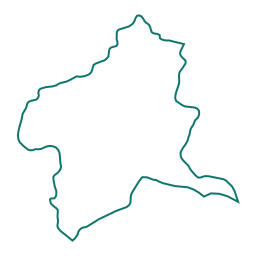 the Prefecture of Gunma
{"feature_id": "JPN-3503", "entity_name": "Gunma", "entity_type": "Prefecture", "adm_level": 1, "iso_a3": "JPN", "parent_name": "Japan", "parent_adm1": "", "projection": "albers", "projection_center": [138.983, 36.504], "detail": "fine", "context": "isolated", "style": "outline", "palette": "teal", "viewbox_px": 256, "rotation_deg": 0, "n_neighbors": 0, "source": "natural_earth", "source_scale": "10m", "svg_char_len": 2537}
<svg xmlns="http://www.w3.org/2000/svg" viewBox="0 0 256 256"><path d="M138.9,15.4L141.0,16.1L142.3,17.5L143.0,18.4L144.4,20.8L145.2,21.9L146.3,22.9L147.3,23.5L147.5,23.6L148.9,24.7L149.8,26.1L151.6,32.0L153.4,33.3L155.5,33.7L157.2,33.9L159.6,35.0L160.0,38.4L161.6,39.4L165.0,40.4L169.2,40.5L184.0,44.1L180.8,50.5L180.1,53.0L180.6,55.4L182.6,57.9L184.3,59.4L185.5,60.8L185.7,62.6L185.3,63.9L184.1,65.6L182.8,67.7L181.2,69.8L179.6,72.2L179.0,74.8L179.2,82.7L178.4,85.7L176.3,91.7L175.4,95.4L175.2,98.4L176.2,101.0L181.2,104.5L183.3,105.7L184.9,106.4L195.1,107.6L197.2,108.7L198.9,110.7L199.2,113.5L198.7,115.8L197.7,117.9L195.7,119.6L194.4,121.9L193.9,123.3L193.2,125.0L191.7,127.1L190.7,129.1L190.0,131.5L189.7,134.1L188.4,137.4L187.6,140.7L185.0,145.2L183.8,146.7L182.0,149.5L181.3,150.8L180.7,152.3L180.5,154.3L180.9,156.5L181.7,158.6L183.5,160.8L188.6,166.0L189.9,168.6L191.5,170.9L195.4,175.3L198.3,177.6L200.7,177.5L203.0,176.6L205.4,176.1L208.9,176.3L223.5,179.2L226.3,180.8L232.0,186.4L234.6,191.1L238.1,201.8L227.2,196.1L219.2,193.8L210.9,193.4L203.9,196.6L199.0,192.7L193.6,189.5L187.8,187.3L175.2,186.1L162.9,183.2L157.2,180.7L156.2,180.0L153.6,179.8L146.9,177.3L142.5,177.2L141.8,177.7L138.7,181.8L131.9,192.9L131.0,195.0L130.7,197.3L130.7,199.7L130.4,202.7L129.2,205.1L126.6,207.1L116.2,210.9L99.3,219.0L86.5,226.9L83.3,227.5L81.0,228.5L79.4,230.1L78.4,231.7L77.8,233.8L77.8,234.1L77.8,234.3L75.1,238.2L72.5,240.6L60.1,230.6L57.8,227.6L57.4,225.3L57.8,223.2L58.0,221.0L57.5,216.4L57.8,212.1L57.7,209.7L55.8,207.8L53.6,206.2L51.2,203.9L50.4,201.8L50.0,199.3L51.3,198.4L54.2,198.4L55.5,197.0L56.3,194.9L56.3,191.0L54.7,186.3L53.6,180.4L53.3,177.2L54.3,175.3L57.5,173.0L59.3,171.0L60.6,168.7L61.1,166.0L60.6,164.2L60.4,163.1L59.6,153.3L58.2,149.9L55.8,147.4L52.9,146.3L50.4,146.0L47.9,146.2L45.6,146.9L41.1,148.9L38.6,149.3L35.6,149.1L32.6,150.2L30.3,150.3L28.2,149.7L23.2,145.8L19.9,142.4L18.5,139.5L17.9,135.4L18.3,132.2L19.1,128.1L21.7,119.1L22.7,113.8L23.9,111.7L25.2,109.5L26.1,107.8L26.7,106.0L27.2,103.8L28.2,102.3L30.0,101.1L36.3,99.6L37.9,98.0L38.8,95.9L38.4,92.7L38.8,90.4L40.2,89.0L42.1,88.2L46.1,87.1L52.5,86.4L56.5,85.3L58.2,84.0L60.9,82.9L66.2,81.7L69.3,80.3L76.6,76.4L80.2,76.8L84.5,76.2L88.7,74.6L91.1,72.5L92.1,70.2L93.5,65.0L95.9,63.5L104.9,60.1L107.1,58.1L108.4,56.7L109.0,51.2L109.5,49.2L110.8,47.6L116.5,45.9L117.5,44.3L117.4,41.9L116.6,39.0L116.8,32.6L117.6,30.5L119.1,29.5L129.1,26.4L132.5,23.9L133.0,23.4L134.1,21.7L135.6,18.0L136.9,15.9L138.9,15.4Z" fill="none" stroke="#0f766e" stroke-width="2"/></svg>